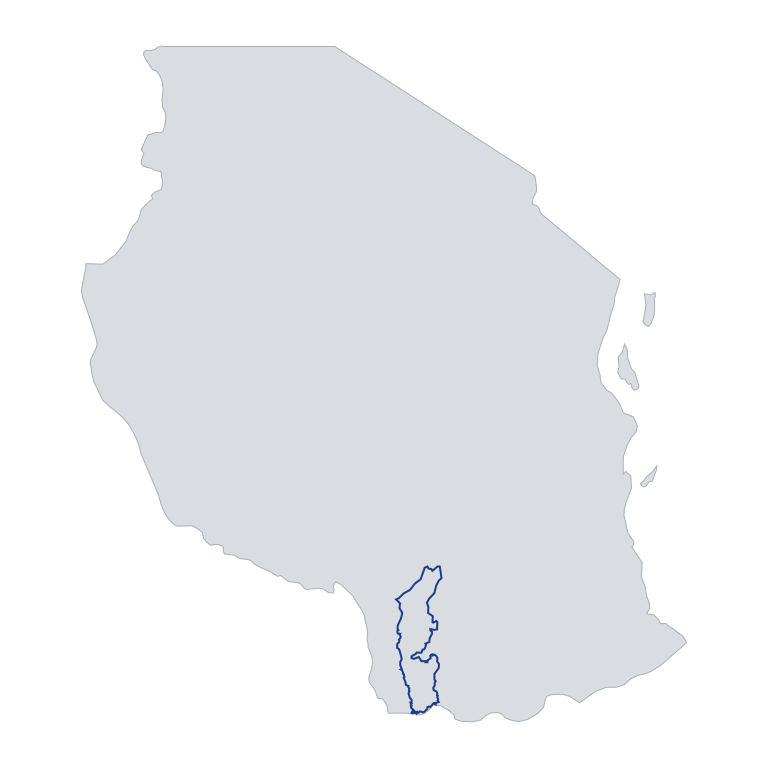 location of Songea, Ruvuma, United Republic of Tanzania
{"feature_id": "72390352B68324313293973", "entity_name": "Songea", "entity_type": "district", "adm_level": 2, "iso_a3": "TZA", "parent_name": "United Republic of Tanzania", "parent_adm1": "Ruvuma", "projection": "natural_earth1", "projection_center": [35.48, -10.415], "detail": "medium", "context": "in_parent", "style": "outline", "palette": "blue", "viewbox_px": 768, "rotation_deg": 0, "n_neighbors": 0, "source": "geoboundaries", "source_scale": "gbopen_adm2", "svg_char_len": 5563}
<svg xmlns="http://www.w3.org/2000/svg" viewBox="0 0 768 768"><path d="M277.6,576.3L268.7,570.9L260.7,567.6L254.1,564.0L251.2,560.4L245.0,559.1L239.6,558.5L234.7,555.2L224.5,554.0L223.4,551.8L223.2,546.9L221.5,545.6L217.8,544.4L213.8,544.5L211.4,545.2L209.9,544.8L206.6,541.9L203.5,538.3L202.4,532.5L197.7,528.7L192.3,525.8L177.5,526.1L175.1,525.2L171.6,522.2L167.4,517.4L164.1,511.8L161.1,504.3L158.1,494.1L140.9,453.5L139.1,445.8L135.8,437.3L130.3,426.9L124.5,419.1L116.6,412.1L107.7,405.0L102.8,400.3L93.6,381.2L91.7,372.3L90.3,363.0L90.8,359.3L96.5,347.3L97.1,344.0L96.4,339.4L93.6,329.9L89.9,318.4L82.6,297.3L81.6,292.0L81.7,288.1L85.9,266.7L85.8,263.7L102.9,264.1L115.4,254.8L126.3,240.8L128.4,235.0L132.8,226.0L137.2,221.5L138.8,218.4L141.3,209.5L147.0,203.4L152.6,198.8L151.4,195.5L152.3,194.3L155.3,191.9L161.2,189.7L162.3,185.0L162.3,179.7L161.3,176.8L161.5,173.3L160.6,171.4L156.8,171.0L151.0,168.3L146.2,167.2L142.9,165.7L141.7,164.5L141.2,161.3L143.9,153.1L141.2,149.8L147.2,136.3L148.2,134.6L150.4,134.4L153.8,132.9L157.0,132.3L159.6,132.8L161.5,132.2L163.2,130.7L164.6,126.1L165.8,118.4L165.2,112.2L162.7,107.3L162.0,100.0L163.1,90.1L162.3,81.9L159.6,75.3L156.8,71.4L152.5,69.5L145.7,59.5L143.6,54.7L144.0,51.6L146.4,50.3L150.6,50.8L154.7,49.6L158.4,46.9L162.1,46.1L164.0,46.5L334.7,46.5L534.2,175.3L535.1,176.8L536.6,187.9L536.3,191.7L533.2,198.1L532.3,201.4L532.3,203.7L533.0,204.6L535.6,205.0L537.9,206.5L538.7,207.7L540.4,212.5L542.6,214.9L618.3,278.1L620.0,279.0L618.9,284.3L614.6,297.2L614.4,302.5L612.7,308.8L611.1,313.0L606.7,331.1L603.0,337.9L598.0,353.7L597.2,365.9L599.9,374.3L600.9,382.3L606.7,390.1L611.4,392.9L614.6,396.5L620.1,404.6L623.3,412.8L633.4,416.8L637.4,426.0L635.9,432.3L631.2,437.5L626.8,446.0L623.3,457.1L623.2,474.1L625.5,471.5L630.8,475.7L631.5,488.2L626.0,502.8L624.3,509.6L624.0,515.5L627.9,533.0L633.9,541.8L633.5,544.6L631.9,547.0L642.2,562.7L641.3,576.4L645.1,587.0L646.8,596.3L649.3,603.4L649.7,608.2L646.5,613.7L654.1,615.0L658.4,619.5L660.5,623.7L665.9,623.5L668.9,626.4L673.1,628.8L682.4,635.9L684.9,639.5L686.4,642.9L660.6,665.4L651.3,671.2L644.7,673.9L637.6,675.4L630.8,678.9L624.4,684.5L616.3,687.3L606.3,687.3L595.9,691.2L579.5,702.8L569.9,696.4L562.4,694.3L553.8,694.5L548.5,695.3L546.6,696.7L545.0,700.6L543.6,707.1L537.9,713.4L528.0,719.3L518.9,721.6L510.5,720.0L504.9,717.6L501.9,714.1L497.6,712.5L491.8,712.8L486.3,715.2L481.0,719.9L472.6,721.9L461.1,721.3L454.9,719.0L454.1,715.2L449.0,710.6L439.8,705.4L433.0,705.3L428.6,710.3L424.6,713.5L421.0,714.7L417.8,714.9L413.1,713.5L400.3,713.0L388.3,713.2L387.1,706.0L384.5,701.6L382.4,698.9L378.2,698.3L377.0,696.3L375.6,691.8L373.6,687.9L370.9,684.7L369.2,681.8L368.7,679.1L369.1,676.1L371.6,668.7L372.4,663.6L372.1,658.4L370.7,653.1L367.9,646.8L368.2,644.9L367.2,640.6L367.1,637.6L367.7,633.8L367.1,628.8L364.6,618.2L364.6,615.5L362.0,610.4L354.0,598.3L353.6,596.7L341.0,584.5L335.9,581.8L334.1,584.1L333.5,586.2L334.0,590.1L333.7,592.1L333.2,593.0L330.2,592.8L328.3,592.4L323.5,589.1L319.8,588.3L310.6,588.9L307.3,589.6L304.8,588.9L299.9,583.3L294.2,582.1L289.0,581.8L280.5,575.5L277.6,576.3ZM634.8,372.4L638.9,385.9L638.4,388.4L635.4,389.9L633.9,390.0L632.1,387.9L630.8,383.4L628.6,384.4L624.8,379.0L621.0,378.8L617.7,372.3L619.0,366.7L618.3,357.1L622.3,352.2L624.6,343.9L627.2,349.6L627.8,358.4L631.3,368.7L634.8,372.4ZM655.0,292.5L655.3,295.7L654.4,298.7L654.6,308.2L654.3,314.5L651.1,323.3L648.6,326.4L646.3,325.5L644.5,324.0L643.0,321.6L646.0,305.6L644.5,293.8L650.4,294.9L655.0,292.5ZM646.2,486.1L643.2,486.9L642.1,486.1L640.3,483.5L643.4,481.2L646.5,476.9L653.6,470.5L656.9,465.4L656.3,470.4L652.3,481.2L648.9,482.0L646.2,486.1Z" fill="#d9dde1" stroke="#a8b0b8" stroke-width="1"/><path d="M420.6,579.3L414.9,583.6L410.0,589.9L403.6,593.5L398.9,598.1L396.1,599.4L400.0,603.4L399.5,608.2L402.3,613.0L400.9,618.6L397.7,625.6L397.6,629.1L398.4,630.1L397.4,630.8L397.4,632.3L398.1,633.7L400.1,633.8L399.6,634.7L400.7,636.3L400.3,638.1L398.9,639.6L399.4,640.7L399.0,642.3L397.3,643.8L397.1,647.9L399.2,649.3L401.3,656.9L401.7,659.3L400.3,661.7L400.2,665.0L401.7,669.0L400.8,669.4L401.9,670.0L403.0,672.3L402.8,673.7L403.8,674.2L404.5,677.4L403.7,677.9L405.5,682.1L405.8,684.9L408.5,686.0L408.4,687.5L409.3,688.3L408.9,690.5L409.5,690.9L408.5,693.3L409.8,697.7L411.7,699.8L411.5,702.6L410.8,702.6L411.4,703.3L410.7,703.5L411.6,705.8L410.8,706.1L411.3,707.9L413.8,710.3L412.6,710.8L411.5,713.1L412.7,713.4L413.0,712.7L414.6,713.0L414.6,711.9L416.0,712.1L416.7,713.4L417.4,711.9L418.5,712.7L419.9,711.4L423.6,712.4L427.3,708.9L427.3,707.2L428.8,706.5L430.4,707.0L433.6,703.1L435.5,702.9L435.0,704.0L435.8,704.4L435.9,703.0L438.7,702.0L437.6,700.5L438.2,699.1L437.2,697.3L437.8,695.9L437.0,695.3L437.3,693.3L436.4,691.5L433.7,690.1L433.2,688.0L434.7,685.6L434.7,682.6L435.7,681.3L434.5,679.7L434.4,674.0L438.6,668.2L438.9,666.3L438.9,663.9L437.1,661.4L437.4,658.1L436.7,656.6L434.8,654.7L432.5,655.5L432.5,654.3L431.2,654.7L430.3,655.8L430.6,658.3L427.6,660.3L427.4,662.2L425.5,662.2L425.8,661.1L421.4,661.1L418.8,657.0L413.7,658.9L411.5,658.0L411.6,656.2L415.8,653.9L416.7,652.5L421.4,652.7L422.6,649.6L424.0,649.5L425.0,648.1L426.1,644.7L425.4,643.7L429.3,642.0L429.7,638.3L432.1,633.5L431.9,631.6L430.4,630.5L430.3,629.0L434.3,629.9L437.0,629.4L437.4,622.2L436.3,621.0L433.5,622.6L432.5,622.3L432.8,616.2L428.1,613.0L428.4,607.0L426.9,602.8L429.1,598.7L434.4,593.1L436.2,585.6L438.8,580.6L441.5,578.1L439.8,566.5L437.7,566.4L432.4,570.8L431.4,569.1L428.4,568.5L427.4,566.5L424.7,567.8L420.6,579.3Z" fill="none" stroke="#1e3a8a" stroke-width="2"/></svg>